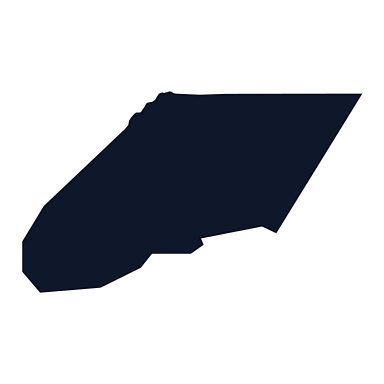 outline of Abiemnhom, Unity, South Sudan
{"feature_id": "79223893B7237342620432", "entity_name": "Abiemnhom", "entity_type": "district", "adm_level": 2, "iso_a3": "SSD", "parent_name": "South Sudan", "parent_adm1": "Unity", "projection": "mercator", "projection_center": [29.064, 9.531], "detail": "fine", "context": "isolated", "style": "filled", "palette": "ink", "viewbox_px": 384, "rotation_deg": 0, "n_neighbors": 0, "source": "geoboundaries", "source_scale": "gbopen_adm2", "svg_char_len": 641}
<svg xmlns="http://www.w3.org/2000/svg" viewBox="0 0 384 384"><path d="M276.0,232.3L361.0,94.4L225.7,94.6L199.9,95.5L177.6,94.5L175.1,94.3L173.4,93.8L171.4,92.6L169.5,92.1L167.9,92.8L165.9,93.2L164.0,93.8L162.6,93.2L160.7,93.8L159.3,94.4L157.8,96.8L155.5,100.6L152.4,102.5L150.3,102.9L147.4,103.5L146.3,105.0L145.1,107.4L143.6,109.3L141.3,112.9L139.0,113.3L136.3,113.3L135.5,113.9L133.8,115.6L131.5,118.2L129.8,120.9L129.0,125.4L125.0,130.0L44.4,206.4L23.0,241.7L23.0,271.5L40.4,291.9L100.5,286.9L140.4,267.1L151.6,253.0L190.6,253.0L202.7,244.5L199.9,237.9L262.1,225.7L276.0,232.3Z" fill="#0f172a" stroke="#020617" stroke-width="1.5"/></svg>